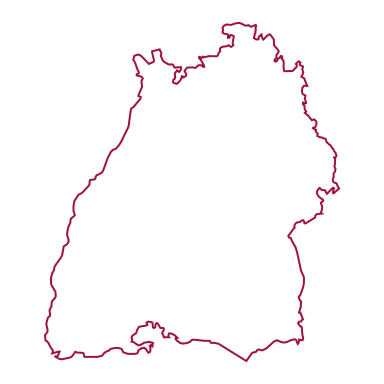 outline of Baden-Württemberg
{"feature_id": "DEU-1573", "entity_name": "Baden-Württemberg", "entity_type": "State", "adm_level": 1, "iso_a3": "DEU", "parent_name": "Germany", "parent_adm1": "", "projection": "mercator", "projection_center": [9.433, 48.664], "detail": "fine", "context": "isolated", "style": "outline", "palette": "rose", "viewbox_px": 384, "rotation_deg": 0, "n_neighbors": 0, "source": "natural_earth", "source_scale": "10m", "svg_char_len": 5866}
<svg xmlns="http://www.w3.org/2000/svg" viewBox="0 0 384 384"><path d="M246.3,361.0L218.6,343.8L214.8,342.9L211.1,342.9L209.7,340.8L204.3,340.8L193.3,339.6L191.4,340.3L189.9,342.0L186.3,343.2L182.4,343.6L180.0,342.9L177.1,340.8L175.7,339.3L175.7,338.3L177.5,337.9L174.9,335.4L171.7,333.6L169.0,333.4L168.2,336.3L169.0,337.2L163.8,337.3L163.3,335.2L162.1,333.0L164.0,329.6L163.4,328.1L160.3,327.9L157.8,323.6L156.6,323.1L155.7,324.1L155.2,327.3L153.9,328.1L153.0,327.4L152.4,322.6L150.5,321.8L148.1,321.7L146.5,322.6L147.4,324.9L146.0,325.6L139.5,326.7L138.8,327.1L137.0,330.2L136.2,333.1L132.7,335.5L131.7,336.6L131.6,337.6L132.3,340.0L131.6,341.6L133.7,342.2L138.2,345.3L140.0,345.2L144.3,342.7L149.1,341.9L152.9,342.9L152.4,346.4L151.7,346.0L151.6,344.9L150.3,345.4L150.0,346.2L150.5,348.0L150.3,351.1L149.7,352.2L148.3,352.7L146.1,349.4L144.6,347.9L141.6,348.2L138.6,350.2L137.3,353.4L134.3,353.9L128.0,353.9L123.3,352.3L121.5,348.8L117.8,347.9L116.0,347.9L110.7,348.8L109.0,350.6L107.2,351.1L104.3,352.9L102.6,355.2L101.7,355.9L97.2,356.9L84.4,356.9L83.6,353.5L83.0,352.9L76.7,352.5L75.3,351.8L71.9,356.5L70.0,357.6L61.8,359.3L59.7,359.0L54.6,356.3L57.1,356.3L58.2,355.3L59.5,351.6L57.3,351.9L52.2,353.4L52.9,351.4L52.7,350.0L50.9,347.9L48.7,343.5L47.4,341.6L45.9,340.8L45.5,340.2L44.9,335.4L47.5,331.8L47.5,329.4L46.3,324.3L46.6,322.3L48.0,317.5L49.9,316.1L50.1,314.4L49.5,310.3L51.5,306.2L51.6,303.2L52.1,301.2L54.7,298.4L55.7,296.6L55.5,292.0L51.2,284.5L50.9,278.4L52.2,273.3L54.1,269.9L54.3,267.8L54.9,266.0L61.2,257.2L62.2,255.0L63.7,246.4L67.1,244.1L68.5,241.9L68.6,239.9L67.4,236.0L67.1,234.2L67.2,232.3L68.5,226.6L70.3,222.8L70.5,220.0L71.0,218.6L74.7,215.5L74.7,214.4L73.5,211.3L73.5,206.1L74.3,201.2L78.5,194.7L81.3,193.4L82.8,192.1L89.0,185.4L89.5,184.2L89.6,181.3L90.1,180.0L94.8,179.3L95.3,178.8L95.7,176.6L96.9,175.0L97.7,174.9L102.0,172.5L103.2,170.4L107.7,158.0L110.7,152.2L112.8,149.9L115.8,148.8L118.9,145.3L121.0,142.1L128.3,127.1L128.7,125.6L130.6,111.2L131.2,108.6L133.6,106.9L140.4,98.8L140.7,96.9L138.4,96.1L138.6,94.8L142.1,86.8L141.4,81.5L142.8,78.5L141.7,76.8L136.7,75.3L136.7,74.3L138.8,73.2L138.8,72.2L137.4,69.4L135.2,62.9L133.3,59.7L134.2,56.0L137.4,54.6L139.8,55.0L142.2,56.9L148.9,63.9L153.1,62.1L153.9,61.2L153.9,60.0L152.0,52.0L152.1,51.3L159.7,49.4L160.2,51.0L161.3,52.5L161.3,53.8L160.8,55.1L161.2,56.9L162.7,60.3L163.9,61.7L168.5,64.4L172.7,64.5L173.5,65.4L174.1,67.0L174.7,67.6L180.9,67.1L181.2,68.0L181.1,69.0L179.5,71.8L178.9,71.9L177.1,70.4L174.8,73.3L175.2,77.9L174.7,78.8L173.3,79.7L173.0,82.2L173.6,82.9L176.5,83.8L178.0,83.0L180.9,79.4L181.9,76.2L182.5,76.4L182.6,77.2L183.2,77.5L185.8,76.1L186.3,74.9L186.0,73.8L184.5,70.9L187.1,67.6L192.8,67.4L195.1,67.9L196.1,67.5L198.4,65.3L199.2,65.2L201.7,65.3L203.1,66.8L204.2,66.8L204.0,65.6L203.1,63.9L201.0,60.3L199.0,57.9L199.0,57.1L199.6,56.8L201.4,58.2L202.6,56.6L203.7,57.3L209.3,56.1L216.6,56.3L217.7,55.7L218.8,52.7L220.2,51.3L219.9,48.8L220.6,47.8L222.8,46.7L226.0,46.4L228.8,45.2L230.6,46.7L231.5,46.8L233.4,45.1L232.6,43.2L233.8,36.4L233.5,35.9L230.8,34.9L230.3,35.3L229.5,37.6L228.0,37.9L227.9,36.9L228.3,35.3L227.8,34.4L223.9,33.6L222.6,32.7L222.5,31.7L223.2,30.1L222.5,27.6L224.0,25.7L226.4,24.5L231.2,24.9L234.7,23.6L238.3,23.0L240.1,23.1L245.4,25.6L246.6,25.7L248.3,25.1L251.0,26.8L255.7,24.9L256.2,26.2L255.5,27.6L255.8,30.0L255.3,31.5L255.4,33.2L254.6,34.0L254.7,35.3L253.9,37.5L254.0,38.1L256.0,39.4L258.0,39.5L258.5,39.1L258.9,36.6L260.2,35.8L260.9,34.6L261.4,34.4L261.9,37.0L262.9,39.1L263.4,39.6L267.0,35.8L269.8,34.3L270.3,34.6L273.8,39.4L274.1,45.4L277.9,49.7L278.7,51.2L278.3,52.6L276.4,55.1L276.4,57.7L274.7,59.8L274.4,60.7L275.4,61.6L276.8,61.2L277.8,58.8L279.3,58.0L280.9,56.0L281.7,56.0L282.3,57.1L281.6,58.6L283.3,60.4L283.8,63.7L283.5,66.5L284.0,70.8L285.1,71.2L292.2,71.0L293.0,70.6L296.7,66.7L296.8,65.1L295.9,63.9L298.7,61.3L300.4,62.6L299.7,64.5L300.0,65.1L302.8,66.3L303.0,67.2L302.2,69.3L303.3,72.2L302.5,74.7L301.4,76.8L304.1,78.2L307.2,85.9L304.0,85.7L302.3,87.8L302.0,92.1L302.3,93.1L303.2,94.4L305.0,95.2L305.5,95.8L304.7,98.5L306.0,102.1L306.0,103.1L305.1,103.5L303.1,102.5L302.8,103.3L303.1,104.4L304.5,105.9L304.6,109.0L306.2,111.6L304.8,112.9L308.1,115.6L311.8,120.2L314.1,119.4L316.2,121.4L316.5,122.8L316.3,124.5L315.3,127.0L314.8,127.5L313.3,127.6L312.9,128.1L314.5,129.3L316.0,129.9L315.8,131.7L317.7,133.6L317.3,136.0L319.9,137.3L321.8,137.4L323.7,138.5L325.2,138.6L325.8,139.3L326.5,142.0L331.2,146.2L332.0,147.7L333.6,149.7L334.2,151.3L335.5,152.7L336.4,155.4L336.3,156.4L334.1,157.6L335.2,158.8L334.9,164.5L334.4,166.2L335.5,169.0L335.0,171.5L333.6,173.6L333.6,177.4L332.9,178.7L332.8,180.2L333.1,181.4L333.8,182.3L336.7,183.5L337.3,185.3L339.1,188.6L333.5,193.4L333.0,192.9L332.9,191.9L333.5,190.4L333.5,189.2L334.1,188.6L333.6,187.9L332.8,187.8L326.9,193.8L324.9,190.2L321.8,190.0L319.7,188.0L319.2,188.1L317.1,191.1L316.8,193.1L318.6,196.5L323.1,200.0L323.2,200.9L320.9,202.7L321.2,204.1L322.2,206.5L322.1,209.1L321.0,212.4L321.1,213.0L321.8,213.5L316.7,214.2L315.3,215.7L315.0,217.6L305.4,223.5L304.3,222.9L303.9,220.9L303.1,220.2L302.2,220.3L299.9,221.9L296.6,222.6L295.2,224.0L294.3,225.8L294.6,227.8L293.9,228.3L288.3,236.0L289.2,237.7L290.6,237.8L292.5,242.0L295.6,247.4L297.2,252.7L301.0,270.6L303.7,276.6L304.0,278.5L303.8,284.0L303.1,287.3L300.2,295.4L298.9,296.4L298.7,297.4L299.7,300.0L301.1,301.6L301.1,302.1L300.7,307.5L300.3,308.1L299.8,310.8L298.8,312.2L299.0,312.7L300.5,313.0L303.0,319.4L302.1,319.8L301.1,321.5L298.9,321.7L298.1,323.3L300.2,326.4L301.3,326.5L301.8,327.3L302.4,334.9L303.2,337.8L302.8,339.8L302.2,340.3L299.1,339.5L298.7,342.6L297.7,343.9L296.2,340.1L295.5,339.5L293.6,339.4L291.2,340.1L285.7,342.4L283.3,342.5L280.9,341.9L276.9,340.2L273.9,341.6L266.6,348.2L262.2,350.4L258.7,349.4L257.2,350.2L256.2,351.7L252.2,352.8L246.3,361.0Z" fill="none" stroke="#9f1239" stroke-width="2"/></svg>